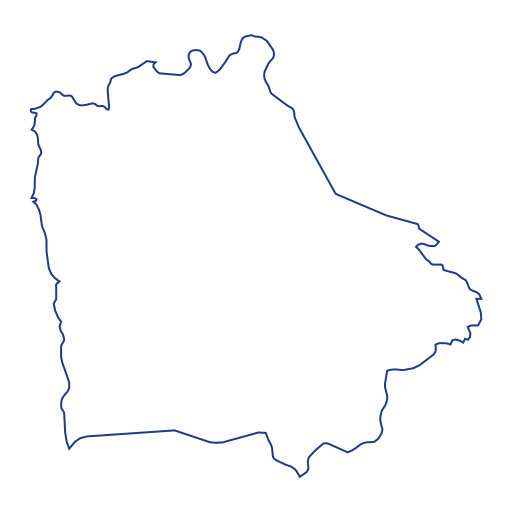 the border of Worodougou
{"feature_id": "CIV-3443", "entity_name": "Worodougou", "entity_type": "Region", "adm_level": 1, "iso_a3": "CIV", "parent_name": "Ivory Coast", "parent_adm1": "", "projection": "natural_earth1", "projection_center": [-6.431, 8.415], "detail": "fine", "context": "isolated", "style": "outline", "palette": "blue", "viewbox_px": 512, "rotation_deg": 0, "n_neighbors": 0, "source": "natural_earth", "source_scale": "10m", "svg_char_len": 4120}
<svg xmlns="http://www.w3.org/2000/svg" viewBox="0 0 512 512"><path d="M299.9,476.8L295.6,469.8L291.6,466.8L285.2,464.5L276.2,460.2L274.0,458.5L273.0,456.9L272.1,448.3L271.7,446.8L271.3,445.5L268.6,440.2L265.7,432.9L258.3,432.5L222.7,442.4L215.5,442.8L210.1,442.3L174.6,430.4L87.0,436.4L80.2,438.2L74.9,441.8L69.2,448.7L66.6,441.5L65.1,431.8L64.2,413.7L63.7,411.8L61.6,408.8L61.1,406.0L61.3,401.5L61.8,399.7L62.7,397.6L65.2,394.1L67.6,391.5L69.2,388.2L69.2,382.5L66.3,374.0L62.2,362.4L61.1,356.7L61.1,347.1L61.6,344.7L63.9,341.0L64.2,338.8L62.8,334.3L60.7,330.7L59.6,326.8L61.1,321.6L58.2,317.7L55.2,310.6L53.7,303.7L56.2,299.1L56.2,286.8L56.0,285.2L56.7,283.7L59.5,281.5L54.9,278.1L51.2,273.7L48.8,268.2L46.5,251.2L46.5,239.8L45.0,233.5L41.9,225.8L40.6,215.4L38.9,209.6L36.4,204.5L33.3,201.8L36.2,200.6L36.5,199.2L34.8,198.1L31.5,198.0L33.9,192.9L34.7,187.5L34.9,177.2L37.8,163.9L38.2,159.1L38.7,156.8L40.8,154.4L41.3,152.4L40.9,150.3L38.7,145.5L38.2,143.9L38.0,138.8L37.0,134.5L34.9,131.3L31.6,129.7L33.3,127.3L34.4,124.8L34.9,121.9L35.0,118.2L36.5,115.0L36.5,113.3L34.2,112.7L32.3,112.5L31.3,111.9L30.7,110.7L30.9,109.5L31.4,109.0L34.6,108.9L40.6,106.8L43.9,103.9L47.7,99.9L50.7,97.8L52.8,94.7L53.2,93.7L53.3,93.6L53.7,93.0L54.4,92.3L55.6,91.7L57.0,91.6L59.2,92.2L60.5,92.9L61.1,93.4L61.2,93.6L61.3,93.7L61.8,94.4L62.7,95.0L63.8,95.6L65.2,95.9L69.4,95.5L70.7,95.7L71.8,96.4L72.5,97.4L75.2,101.9L76.0,103.0L76.9,103.8L78.0,104.5L79.3,105.0L80.6,105.3L82.2,105.4L86.0,104.9L92.8,103.3L94.4,103.8L95.7,104.4L96.6,105.4L98.0,106.0L99.8,106.2L102.5,106.0L104.0,106.5L105.1,107.3L106.8,109.2L107.7,109.6L108.5,109.6L109.0,107.9L109.1,106.2L107.9,93.8L107.9,93.7L107.7,89.6L107.9,87.7L108.4,85.7L109.9,83.0L110.6,81.0L110.9,79.2L112.4,77.6L114.8,76.2L124.3,73.6L127.2,72.4L130.2,70.1L132.3,68.9L138.2,67.1L146.9,61.1L155.5,62.4L153.6,64.1L153.3,66.8L156.1,70.4L157.9,72.3L158.8,72.9L160.1,73.4L180.4,75.1L182.6,74.2L185.0,72.6L189.2,68.5L190.6,66.0L191.0,64.0L189.0,58.8L188.6,57.4L188.6,55.9L188.9,54.4L189.5,53.2L190.2,52.1L191.0,51.3L192.5,50.6L194.3,50.2L197.6,50.2L199.5,50.6L200.9,51.3L203.4,54.1L204.8,56.4L205.6,58.4L207.6,64.3L208.7,66.7L210.1,68.9L211.8,70.9L212.8,71.8L213.9,72.4L215.2,72.8L217.3,71.7L220.0,69.3L224.7,62.9L229.1,56.0L230.4,54.8L233.1,53.5L234.9,53.3L236.6,52.9L237.9,51.8L239.3,48.8L240.7,42.7L241.7,39.9L242.3,38.7L244.7,36.7L251.3,35.2L255.9,36.7L257.3,36.7L259.1,36.9L261.9,37.6L267.0,41.0L272.7,49.4L273.7,51.7L273.9,53.3L273.9,55.0L273.6,56.6L273.1,57.9L272.3,59.0L269.7,61.8L268.2,63.9L264.7,71.5L264.3,73.1L264.2,74.7L264.2,76.4L264.4,77.8L264.8,79.2L265.9,81.8L268.4,86.0L269.0,87.5L270.3,91.7L270.8,92.7L271.4,93.6L287.0,105.3L291.6,107.9L292.8,108.9L293.6,110.3L294.2,112.7L294.5,116.3L294.9,117.8L299.1,127.8L335.4,193.4L337.3,194.6L386.5,215.5L418.0,224.2L419.3,228.8L438.9,241.7L436.2,245.1L434.1,246.2L428.2,245.7L423.8,243.9L421.6,243.6L419.5,244.2L417.2,245.5L416.0,246.8L416.7,247.4L418.9,249.5L425.6,258.7L428.2,260.8L429.3,261.4L430.2,262.7L431.3,264.0L433.2,264.6L441.4,264.6L442.6,265.4L443.0,267.1L443.3,269.0L443.8,270.1L455.3,273.2L456.8,273.9L461.7,277.9L464.4,279.4L465.6,280.2L466.6,281.5L469.0,287.6L470.0,289.2L472.7,290.8L476.1,291.9L479.2,294.1L481.3,298.9L476.4,298.9L480.8,312.3L481.3,319.4L478.0,325.4L474.5,325.4L471.0,325.6L467.7,326.8L470.4,333.3L469.9,337.2L468.0,339.7L465.0,338.8L463.2,342.6L459.9,340.7L455.9,339.5L452.4,340.2L450.5,344.5L446.6,343.3L439.5,343.1L436.8,344.0L435.5,344.6L435.8,348.9L435.6,351.2L434.9,352.8L433.5,354.6L419.6,365.1L413.4,368.2L403.2,370.1L395.2,369.4L392.9,369.5L389.3,370.0L387.2,370.8L387.1,371.0L385.0,384.0L385.0,386.7L386.1,391.6L386.9,394.5L387.2,396.0L387.3,397.7L387.1,399.3L386.4,402.3L385.4,405.0L381.9,410.5L381.5,411.7L380.4,416.4L380.3,418.1L380.5,421.5L381.1,424.5L382.4,428.8L382.2,430.9L381.5,433.4L379.1,437.4L377.8,439.2L373.9,442.0L366.8,442.3L364.3,442.8L360.9,444.2L356.3,447.7L351.9,450.5L347.5,452.3L329.1,444.0L325.8,443.1L323.2,443.7L315.5,450.2L308.8,457.3L308.0,460.4L307.8,462.6L308.4,467.5L308.4,468.7L307.6,470.5L306.8,471.9L299.9,476.8Z" fill="none" stroke="#1e3a8a" stroke-width="2"/></svg>